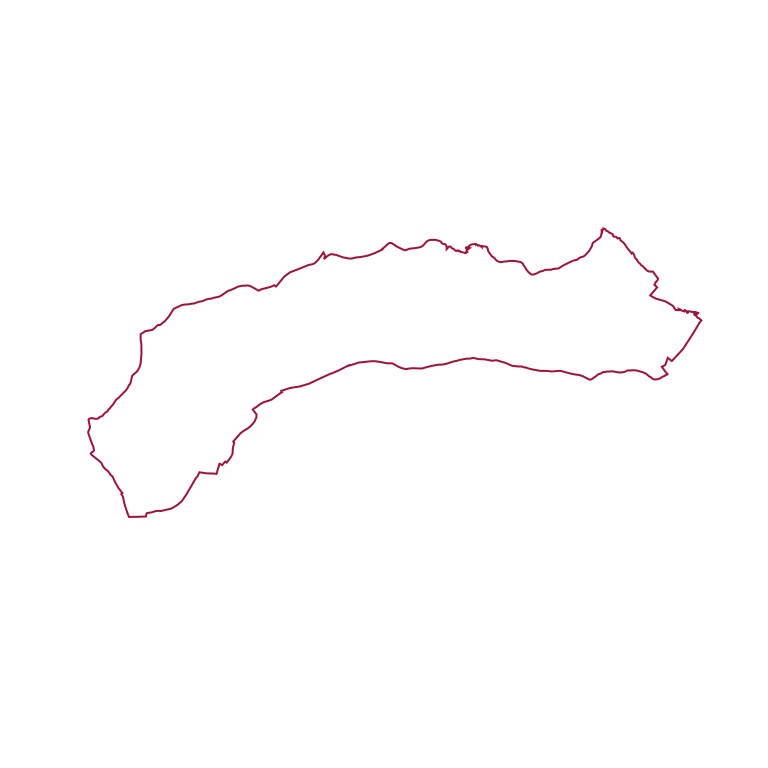 Dabaca, Cluj, Romania (orthographic projection), rotated 124°
{"feature_id": "2599482B33158001098606", "entity_name": "Dabaca", "entity_type": "district", "adm_level": 2, "iso_a3": "ROU", "parent_name": "Romania", "parent_adm1": "Cluj", "projection": "orthographic", "projection_center": [23.677, 46.974], "detail": "fine", "context": "isolated", "style": "outline", "palette": "rose", "viewbox_px": 768, "rotation_deg": 124, "n_neighbors": 0, "source": "geoboundaries", "source_scale": "gbopen_adm2", "svg_char_len": 6166}
<svg xmlns="http://www.w3.org/2000/svg" viewBox="0 0 768 768"><g transform="rotate(124 384 384)"><path d="M636.8,521.1L632.6,515.0L627.0,507.3L625.7,507.9L623.7,508.4L620.3,504.8L616.8,502.0L615.3,500.1L614.0,497.9L606.2,490.6L599.9,487.7L594.2,486.1L585.7,486.1L567.4,487.3L564.6,487.0L560.4,487.7L557.4,481.3L553.4,475.0L552.2,472.6L542.1,475.8L541.7,472.8L537.2,472.3L537.0,472.1L537.1,470.4L529.4,470.1L526.3,470.7L521.6,473.5L516.3,475.4L516.0,476.8L505.5,475.5L502.7,474.7L496.4,471.9L494.2,471.2L490.4,470.5L487.4,470.4L483.0,471.1L480.5,472.7L478.6,478.5L477.3,478.3L474.7,477.0L470.0,475.5L466.2,473.5L462.8,470.6L459.7,468.4L449.8,464.9L448.0,463.9L447.2,465.4L439.7,459.5L433.2,452.5L425.9,446.5L408.1,435.8L399.5,430.0L387.8,423.4L388.0,422.9L380.4,417.0L372.5,407.6L370.2,404.4L367.5,398.7L365.1,393.0L362.1,388.4L361.7,382.1L361.1,379.0L359.6,374.4L356.2,370.8L354.3,368.2L350.5,362.0L349.5,360.8L346.0,358.0L339.7,352.0L337.1,349.1L335.9,347.2L332.5,343.7L326.8,339.3L324.2,336.7L321.4,334.4L317.1,330.0L314.6,326.6L312.5,324.7L310.5,319.6L307.2,314.2L304.5,307.9L304.0,307.0L302.2,305.1L301.3,303.7L298.5,294.8L297.3,288.0L294.4,282.5L292.4,279.4L291.7,276.7L290.7,275.0L290.7,274.2L289.5,270.5L285.8,261.9L281.8,256.0L280.6,253.3L279.1,251.0L274.8,245.7L274.3,244.7L270.9,234.8L268.9,230.1L267.7,228.0L266.9,225.6L266.3,223.2L265.7,217.6L265.3,215.7L264.2,214.7L262.7,214.0L261.3,213.6L259.3,212.6L257.5,212.3L255.7,211.5L253.6,209.9L251.6,209.0L250.4,207.2L249.1,206.4L247.6,204.0L246.6,202.9L245.4,201.1L244.2,198.1L242.6,194.9L240.2,192.0L238.8,190.9L236.7,189.8L234.9,187.1L234.2,186.5L231.8,182.7L229.5,176.0L229.3,174.2L228.9,173.0L229.4,168.5L229.2,166.6L229.5,163.8L228.8,162.0L227.2,160.0L224.6,158.0L222.5,157.4L220.6,156.0L218.9,155.4L217.7,154.4L217.1,154.6L217.0,155.3L216.4,157.7L214.4,163.3L213.1,162.5L210.7,161.5L203.6,163.4L204.0,158.2L187.9,155.7L169.5,156.0L157.4,156.7L153.8,156.5L153.3,159.7L153.7,160.7L153.7,161.3L153.3,162.4L152.8,163.0L153.1,164.6L153.1,165.2L152.1,166.3L151.7,165.1L151.2,164.6L151.0,163.8L149.8,163.2L149.4,163.2L150.2,166.2L151.0,167.1L151.5,168.4L151.8,168.6L152.3,169.4L152.5,170.5L153.6,172.5L154.1,172.9L154.3,172.5L154.1,172.2L154.7,171.9L155.4,172.3L155.2,172.9L154.8,172.7L154.6,173.5L154.3,173.7L154.3,174.3L154.6,174.6L154.5,176.1L155.3,176.2L155.4,175.8L155.9,175.7L156.6,178.2L156.7,179.1L156.5,179.7L156.8,181.1L157.3,179.9L159.4,183.3L159.2,184.9L158.0,187.0L157.7,188.7L157.9,193.9L158.2,195.5L158.1,196.0L158.3,197.6L161.1,205.9L161.7,210.4L161.7,212.8L151.1,211.6L150.5,215.4L148.9,215.3L148.1,215.8L145.5,215.2L143.4,215.7L140.4,224.1L141.0,224.7L142.5,227.1L142.9,229.2L141.6,236.1L141.7,237.3L141.1,238.9L140.8,241.3L139.8,243.6L139.4,244.0L139.0,246.6L137.0,248.8L136.1,251.2L137.4,251.6L136.6,253.5L135.6,257.4L132.9,264.2L132.7,268.0L131.2,270.1L131.5,270.8L132.7,271.6L132.2,273.7L133.4,276.4L131.9,278.5L132.5,282.4L132.2,283.1L132.7,285.6L132.0,287.0L132.4,289.0L132.9,288.6L134.0,288.8L134.1,289.5L134.8,289.7L135.2,289.3L135.2,288.8L136.2,288.1L136.6,288.4L137.3,287.7L138.4,287.6L139.9,286.8L142.1,286.8L150.3,289.8L153.9,288.6L159.4,288.4L165.1,289.3L166.7,289.9L169.5,292.2L173.3,293.6L175.4,295.7L179.8,298.5L186.1,302.0L190.6,303.9L193.9,307.9L195.9,309.4L198.1,312.8L199.3,314.2L201.5,315.6L204.2,318.0L205.9,318.6L208.7,320.5L210.1,321.8L210.7,322.9L210.8,323.5L210.5,326.8L209.8,329.2L207.8,333.7L207.2,335.4L206.6,336.2L206.5,338.8L208.1,342.7L209.7,345.7L212.0,349.1L213.9,350.9L215.0,352.6L217.6,355.1L218.5,357.4L218.7,359.7L217.7,363.5L217.9,365.5L217.8,366.1L215.9,371.3L213.6,374.1L213.2,374.7L213.3,374.9L213.0,375.8L213.2,376.6L214.2,378.3L214.9,380.3L215.4,380.5L215.8,380.0L215.6,381.9L215.9,383.0L216.7,383.3L216.4,384.8L216.7,385.8L217.1,385.8L216.8,386.3L217.1,387.1L219.9,389.9L222.1,390.7L222.3,390.7L222.6,390.3L225.0,392.3L225.6,392.0L225.7,391.2L224.4,389.8L223.3,389.3L223.2,388.9L224.4,389.4L225.1,389.3L225.5,389.8L226.5,390.2L228.0,389.9L227.9,388.9L228.0,388.7L230.1,389.8L230.5,391.6L231.6,394.3L231.4,395.1L232.2,396.4L232.2,396.7L231.7,397.0L231.8,397.3L232.2,397.9L233.4,398.5L233.5,399.0L233.3,401.1L233.0,402.0L233.3,402.6L233.4,403.9L232.9,405.6L233.1,406.2L233.9,407.0L237.1,407.5L235.8,408.3L234.8,409.3L234.1,410.6L234.0,411.4L234.7,413.4L235.0,414.8L234.2,416.4L234.4,418.3L235.0,419.6L235.5,421.6L237.2,424.1L238.5,426.0L240.0,427.4L242.1,428.3L247.8,429.1L250.1,430.3L254.2,434.4L257.4,438.4L261.0,440.9L261.5,441.7L262.1,444.2L262.9,450.9L263.1,451.2L262.8,452.1L262.9,456.1L263.2,457.1L264.0,458.2L265.9,459.2L269.7,459.9L272.9,461.0L273.3,460.5L280.6,464.8L285.3,468.2L287.9,470.4L291.8,474.4L294.7,477.9L298.2,481.1L299.4,482.9L302.0,489.0L303.7,495.8L305.6,499.8L306.8,501.2L308.8,502.2L314.1,503.7L312.4,503.9L310.7,504.7L308.8,507.8L317.6,508.0L322.2,508.9L323.4,509.4L324.9,510.5L327.4,513.0L337.1,519.5L343.2,523.9L344.5,524.6L351.0,526.8L363.4,527.9L363.6,528.2L363.4,530.1L367.1,532.5L374.0,538.6L376.8,540.2L377.3,547.3L377.9,550.7L378.9,552.7L380.3,554.2L381.0,555.5L383.1,557.8L385.1,559.6L389.2,561.9L394.7,565.7L401.0,568.1L403.8,569.5L406.6,572.3L410.3,575.4L411.4,577.0L414.2,579.2L416.8,580.8L419.4,583.5L423.8,586.8L424.8,588.2L426.7,590.0L430.3,594.5L432.1,596.1L439.4,600.4L448.3,600.1L455.1,600.9L456.7,601.7L459.0,602.1L460.6,603.0L461.6,604.4L462.1,604.6L466.4,605.5L468.9,606.5L473.8,611.6L474.7,611.8L478.7,613.6L483.3,610.6L486.3,607.7L494.2,602.2L503.2,597.2L507.0,596.0L509.6,595.8L512.4,595.9L516.2,597.0L518.2,597.3L524.6,594.8L526.0,594.6L527.4,594.8L531.1,594.3L533.6,594.4L543.4,596.2L547.1,597.3L553.3,597.2L554.9,597.6L557.9,597.7L559.3,598.2L561.0,597.9L564.5,599.3L567.7,599.5L570.3,601.1L571.4,601.6L571.9,601.4L573.1,602.2L574.3,603.7L575.5,607.1L577.7,609.0L579.0,608.9L584.4,603.4L589.0,602.5L590.1,601.7L597.1,592.3L598.3,590.2L601.1,587.3L602.4,587.3L604.2,588.1L605.6,588.3L605.8,588.0L606.2,586.7L606.5,584.0L607.1,575.9L607.6,574.0L609.5,570.6L609.9,569.5L610.6,565.8L610.5,564.2L612.2,559.9L612.5,557.5L612.8,556.8L615.5,552.4L618.9,545.5L620.7,539.9L621.5,540.4L622.2,540.2L623.3,537.5L628.5,532.2L634.3,524.8L636.8,521.1Z" fill="none" stroke="#9f1239" stroke-width="2"/></g></svg>